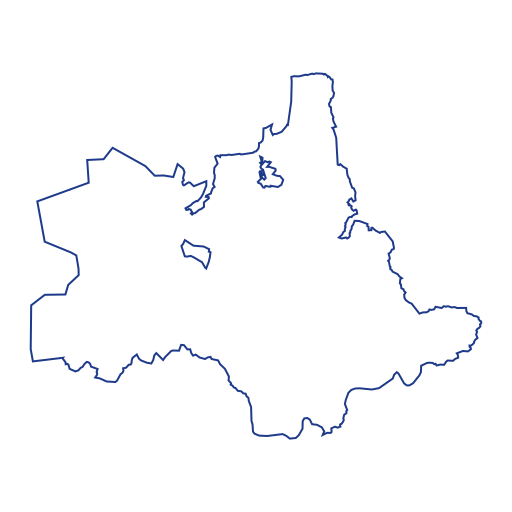 Batken, Batken, Kyrgyzstan (Equal Earth projection)
{"feature_id": "92254566B65149347501284", "entity_name": "Batken", "entity_type": "district", "adm_level": 2, "iso_a3": "KGZ", "parent_name": "Kyrgyzstan", "parent_adm1": "Batken", "projection": "equal_earth", "projection_center": [70.889, 39.851], "detail": "fine", "context": "isolated", "style": "outline", "palette": "blue", "viewbox_px": 512, "rotation_deg": 0, "n_neighbors": 0, "source": "geoboundaries", "source_scale": "gbopen_adm2", "svg_char_len": 6067}
<svg xmlns="http://www.w3.org/2000/svg" viewBox="0 0 512 512"><path d="M480.9,321.2L479.8,320.8L478.5,318.7L478.6,317.5L476.7,316.4L473.7,315.9L471.8,314.4L467.4,313.2L466.3,310.9L466.1,307.9L457.0,308.0L454.8,307.1L451.6,307.4L448.0,306.2L445.8,306.7L443.8,306.2L441.7,308.0L435.5,306.8L434.2,309.3L431.4,309.9L429.4,309.5L428.5,311.3L426.4,312.3L422.9,312.4L419.4,313.6L411.6,303.6L409.0,302.5L405.8,300.1L404.5,298.0L404.2,294.6L405.6,292.5L404.2,291.3L403.4,289.2L401.4,288.3L400.9,284.4L399.9,283.5L400.3,279.1L401.9,278.2L399.3,276.4L397.7,274.2L392.5,271.6L392.0,270.4L390.2,268.9L390.5,267.0L389.9,266.6L389.0,262.1L388.1,260.8L389.3,259.9L389.8,258.1L388.6,253.7L390.6,252.3L391.8,249.7L393.6,249.1L394.0,248.0L392.7,241.4L384.9,231.5L381.0,232.0L379.9,232.9L375.7,230.6L372.3,227.7L371.4,227.9L371.3,230.2L368.7,230.3L368.5,226.8L367.2,226.0L367.5,224.0L359.2,221.0L354.6,220.8L353.1,224.8L351.9,226.1L351.5,229.1L350.3,230.9L350.2,232.7L349.6,233.1L349.8,236.3L348.8,237.5L347.2,238.5L346.1,237.5L341.6,238.5L338.9,237.5L342.1,234.6L343.3,232.1L344.9,230.9L344.8,229.1L345.6,227.0L345.0,226.1L345.7,224.3L345.3,223.1L345.9,222.8L348.5,217.7L350.1,216.9L351.6,217.1L352.1,216.1L354.6,214.4L357.2,213.7L356.6,210.3L355.8,209.6L353.6,210.8L351.9,209.3L351.2,207.6L351.7,206.3L350.1,205.1L349.2,205.5L348.5,204.8L349.1,203.9L347.5,202.4L348.9,200.9L349.3,199.6L351.4,198.4L353.3,201.5L355.6,200.3L355.1,196.0L355.5,192.4L353.8,188.3L352.2,187.8L349.9,181.5L349.7,179.0L348.7,178.0L347.4,174.9L346.7,168.7L343.2,166.7L340.3,164.1L339.1,165.2L337.7,164.6L336.2,137.8L333.6,129.6L332.3,127.9L336.1,126.7L333.5,121.5L332.9,118.5L333.5,117.3L331.3,112.8L330.9,107.1L329.6,106.5L329.1,104.7L329.1,103.7L330.8,100.5L330.7,99.1L332.5,97.8L333.3,96.5L334.1,93.1L332.6,90.4L332.4,85.9L332.9,82.0L332.5,79.5L331.2,79.4L329.5,77.0L328.6,76.4L327.9,77.0L327.6,76.0L325.2,74.0L324.1,73.9L323.8,74.5L322.4,73.7L316.1,73.4L313.4,74.1L312.2,73.6L307.1,75.1L305.8,74.7L298.7,76.4L294.0,76.2L291.3,76.9L291.7,81.6L291.2,101.7L287.9,125.0L287.0,124.8L286.5,126.1L281.6,131.8L276.5,133.9L274.0,134.0L272.8,135.0L270.5,129.9L272.0,124.5L266.2,127.8L263.5,128.4L263.2,137.7L262.5,140.7L260.7,142.5L259.0,143.1L258.9,146.9L258.2,148.9L256.0,151.4L254.1,151.8L253.3,152.7L242.7,154.3L240.7,154.4L239.8,153.8L231.5,155.0L228.6,154.6L226.7,155.2L220.5,155.2L220.1,157.0L217.9,155.6L216.2,155.9L215.1,156.9L217.6,163.6L214.4,167.7L214.0,172.8L214.7,175.0L214.7,178.3L213.0,184.1L214.6,186.9L212.7,188.3L211.1,192.2L211.0,193.4L206.1,195.8L205.8,196.8L208.6,197.0L208.9,198.3L203.9,202.4L204.0,206.9L200.9,209.2L199.4,209.6L195.0,213.2L193.6,213.3L192.1,214.6L190.9,213.4L192.1,212.3L190.7,209.6L188.8,209.0L188.5,209.6L186.3,209.9L185.5,208.3L190.8,205.2L193.1,202.9L196.4,201.0L197.5,201.2L200.9,197.6L202.9,194.2L206.3,185.9L206.3,181.2L193.8,186.2L190.0,182.6L188.5,182.4L183.9,185.4L182.9,184.7L182.3,181.9L183.9,180.2L183.0,178.1L184.5,172.3L183.2,168.7L177.6,164.1L173.3,177.0L163.8,175.5L154.7,175.7L145.4,166.1L112.6,147.8L103.6,159.2L87.2,160.0L88.7,182.7L37.3,201.4L44.7,241.7L70.6,252.3L76.3,255.4L78.5,268.5L78.7,275.1L68.2,284.9L65.4,294.5L44.8,294.8L31.2,305.3L30.7,349.1L32.9,361.4L62.7,357.8L62.4,358.1L65.5,362.2L65.7,364.2L67.1,363.8L68.4,364.6L69.6,368.8L75.3,371.4L78.3,370.4L80.7,367.8L82.6,366.9L84.3,364.2L86.7,361.9L88.5,362.3L90.1,363.7L91.0,366.6L97.6,369.0L96.6,372.0L97.2,373.0L97.0,374.8L95.2,377.5L99.8,378.4L106.7,381.5L115.4,382.0L117.0,380.7L120.5,374.3L122.6,372.6L123.5,370.7L123.1,368.3L126.1,367.7L128.7,364.8L130.6,364.5L131.4,363.6L131.8,360.2L132.6,357.8L136.8,354.5L139.0,358.7L141.0,360.4L146.8,362.7L151.3,363.5L153.2,360.1L154.3,355.4L156.3,353.1L163.1,360.0L165.1,357.1L171.2,351.0L173.0,350.5L179.0,350.7L181.1,344.9L183.9,345.1L187.4,349.4L190.2,349.3L191.2,352.9L193.0,355.6L195.7,354.6L199.6,357.5L205.0,359.0L207.8,357.4L210.5,356.9L211.6,359.0L218.1,360.4L220.1,364.2L224.9,368.8L228.9,376.5L228.6,380.5L231.1,383.2L230.7,384.7L232.7,385.7L233.7,387.4L235.5,388.0L237.8,390.8L241.4,391.4L243.3,393.4L245.7,393.7L246.5,396.2L248.4,397.8L248.8,400.9L251.1,407.1L251.5,421.1L252.5,424.2L253.0,431.7L254.6,433.7L259.1,435.6L267.1,436.0L282.6,434.1L286.2,435.8L289.8,438.6L295.8,438.0L298.7,435.3L302.5,428.8L302.7,421.1L304.3,418.4L307.3,418.0L309.8,419.6L312.1,424.2L317.0,424.8L321.8,427.3L324.2,431.4L322.7,435.0L326.9,432.9L330.8,432.9L331.6,431.9L331.3,428.4L334.9,426.7L337.7,427.6L340.4,426.6L340.0,424.8L340.4,424.2L341.6,423.8L343.2,421.5L343.8,419.8L343.3,418.4L344.2,414.7L346.4,413.3L346.3,411.2L347.2,410.1L344.9,404.0L345.8,399.9L348.4,392.8L351.3,389.9L355.2,388.5L359.6,388.3L372.0,389.5L379.1,388.1L392.8,378.5L394.1,374.8L396.8,372.2L398.4,373.4L404.1,383.4L406.8,385.4L409.4,385.4L413.0,383.3L419.3,375.5L420.9,372.2L421.2,365.7L426.9,363.0L428.7,362.7L432.6,362.9L434.3,364.2L435.6,363.8L436.6,365.5L440.2,364.6L444.1,364.8L446.2,361.6L447.7,360.5L453.0,360.8L455.2,358.9L458.2,357.7L457.8,354.8L456.8,353.3L462.9,351.0L468.0,351.4L470.9,349.2L470.8,348.0L469.7,347.0L469.5,345.5L471.1,345.5L472.6,344.4L473.9,343.1L474.1,341.8L475.4,339.6L477.5,338.0L476.1,334.5L477.1,331.8L476.3,330.5L477.5,328.8L479.1,327.9L480.4,326.3L480.0,324.3L481.1,323.4L481.3,322.2L480.9,321.2ZM181.4,246.0L183.1,244.0L184.9,240.1L193.5,245.7L203.6,246.5L209.2,249.2L208.8,251.6L210.5,252.2L209.9,256.9L208.8,261.7L206.2,268.5L205.3,267.8L202.0,262.2L193.5,257.2L190.6,255.9L187.1,256.6L184.8,256.3L181.4,246.0ZM257.8,181.9L260.9,178.9L259.5,172.3L259.8,171.4L261.5,171.1L261.6,172.7L260.8,174.2L262.6,173.9L263.2,175.0L261.4,175.6L261.9,177.5L264.3,179.6L265.7,178.1L263.0,169.6L261.3,168.7L260.4,166.8L261.7,164.7L260.1,162.8L261.2,162.2L261.6,161.1L260.2,156.6L262.5,157.7L262.4,160.7L261.6,162.3L262.2,164.3L265.0,161.1L267.9,162.3L269.3,161.5L270.8,162.2L267.1,166.9L269.4,166.9L275.4,168.8L275.7,170.5L272.8,174.2L276.9,175.8L280.0,176.1L283.2,179.8L281.4,184.8L277.9,187.0L270.8,185.8L270.8,186.5L270.0,186.8L265.4,186.0L264.5,187.6L263.2,187.5L260.7,183.7L258.4,182.9L257.8,181.9Z" fill="none" stroke="#1e3a8a" stroke-width="2"/></svg>